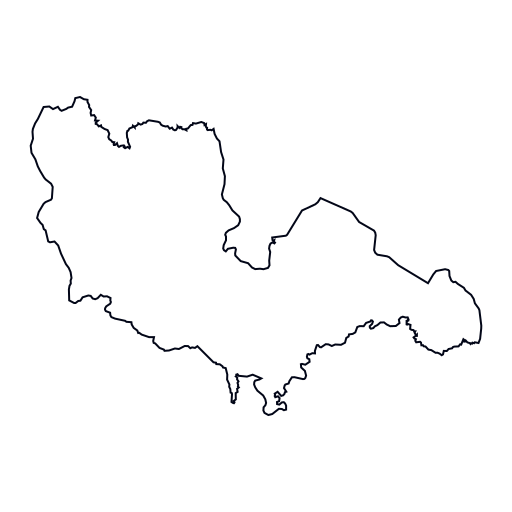 Nong Muang Khai, Phrae, Thailand (Robinson projection)
{"feature_id": "78962969B85613240213831", "entity_name": "Nong Muang Khai", "entity_type": "district", "adm_level": 2, "iso_a3": "THA", "parent_name": "Thailand", "parent_adm1": "Phrae", "projection": "robinson", "projection_center": [100.171, 18.294], "detail": "fine", "context": "isolated", "style": "outline", "palette": "ink", "viewbox_px": 512, "rotation_deg": 0, "n_neighbors": 0, "source": "geoboundaries", "source_scale": "gbopen_adm2", "svg_char_len": 6046}
<svg xmlns="http://www.w3.org/2000/svg" viewBox="0 0 512 512"><path d="M69.2,300.4L74.1,303.0L75.6,303.0L78.2,301.0L80.4,300.7L82.6,297.3L88.3,295.5L90.7,295.9L92.7,298.5L95.2,299.2L97.6,298.2L100.8,294.8L103.6,296.5L107.0,296.3L110.5,298.0L110.3,300.5L110.9,302.0L110.2,303.7L106.2,306.4L105.1,308.3L105.0,309.6L105.8,311.1L110.1,312.7L110.4,315.4L111.4,317.1L115.0,318.6L125.1,320.8L126.4,321.8L131.4,322.2L131.7,324.5L133.7,327.9L137.3,330.5L138.2,333.0L139.2,332.8L141.7,334.6L149.0,337.1L154.0,337.1L153.2,341.0L153.7,342.9L155.2,343.4L159.5,347.9L163.9,349.6L164.5,350.8L169.0,350.5L174.9,348.5L178.9,349.0L184.7,346.0L188.1,346.1L190.3,348.2L192.1,347.4L195.0,347.9L197.4,346.2L213.5,362.3L216.0,362.7L216.3,364.1L219.8,364.3L222.5,366.3L223.0,367.5L225.7,368.1L227.3,374.6L227.1,379.6L229.4,384.5L229.2,386.8L230.3,389.1L230.6,392.6L231.7,393.0L232.0,394.0L231.5,402.0L233.3,403.1L234.0,403.2L234.5,402.3L233.7,401.0L235.8,399.4L235.7,393.1L237.6,391.9L237.1,388.8L238.8,387.4L237.9,386.5L238.2,385.0L237.5,382.9L238.5,381.4L237.1,379.4L237.2,377.5L235.8,376.4L236.4,375.8L236.3,374.6L237.5,374.2L238.7,375.8L247.0,376.6L252.7,374.7L261.3,378.4L259.4,379.5L255.2,380.6L254.3,382.1L254.1,384.5L255.2,387.3L257.4,390.7L263.2,395.5L265.3,399.3L266.1,402.9L265.4,405.2L263.6,407.3L263.4,410.5L264.5,412.9L268.3,415.0L272.3,414.0L278.9,408.8L281.9,409.0L283.9,410.2L286.1,409.6L286.1,405.6L285.1,403.5L283.8,402.2L281.9,402.4L279.3,404.6L277.1,404.1L277.0,402.0L279.1,401.2L279.6,398.1L278.0,396.3L275.3,397.2L274.7,396.0L275.2,395.1L274.7,393.7L277.6,391.8L281.2,395.9L283.2,395.3L284.5,393.8L284.9,392.2L286.3,391.7L284.0,388.1L284.7,385.4L285.4,384.5L288.6,383.5L289.4,381.1L291.9,377.3L294.5,377.2L303.0,379.1L304.4,378.9L305.3,378.0L306.1,375.6L304.9,370.9L301.2,367.5L300.9,364.2L302.0,363.9L305.3,364.7L309.6,361.8L309.3,359.2L307.4,358.3L306.9,356.8L307.4,354.4L308.4,354.0L309.5,354.6L312.3,353.2L315.0,353.4L314.9,350.9L316.8,345.2L318.0,345.0L319.9,347.1L321.1,347.3L325.7,344.2L328.5,344.4L331.8,346.0L335.2,344.5L341.0,344.8L345.0,342.7L346.3,337.9L348.6,336.5L349.0,334.4L352.7,333.9L355.3,332.4L357.3,327.0L359.7,326.1L363.7,326.2L366.1,322.9L370.3,321.5L371.1,320.3L372.1,320.5L372.9,321.6L372.1,323.9L369.7,326.2L369.9,327.7L370.9,328.7L373.3,328.1L374.9,326.3L377.4,325.1L380.4,322.5L384.0,322.4L386.7,324.5L390.2,326.2L395.8,326.0L399.5,323.1L398.9,319.6L400.8,317.5L402.8,316.7L405.6,317.5L407.7,317.4L408.6,319.7L408.4,320.4L407.6,320.2L407.3,321.2L406.6,321.1L406.6,324.4L407.1,324.6L407.7,323.9L410.5,324.9L410.1,328.9L411.4,329.8L413.5,330.1L414.1,331.3L415.3,331.3L414.6,332.7L416.1,335.4L416.9,334.6L416.9,335.9L415.5,336.0L413.6,337.4L414.5,338.6L415.9,339.2L415.3,340.8L416.2,342.3L420.1,341.8L421.0,342.6L421.4,345.3L423.0,345.2L423.7,346.3L425.5,346.5L428.4,349.6L431.3,350.1L435.6,352.8L437.4,352.7L439.6,353.6L441.7,355.2L443.0,354.4L443.8,350.9L446.8,351.0L448.6,349.0L452.1,348.3L452.9,347.1L454.2,346.6L458.5,346.4L460.2,344.3L461.2,344.6L463.4,339.2L464.0,339.7L464.3,341.6L465.0,341.6L465.7,340.5L467.4,342.4L469.8,343.1L470.5,344.0L471.1,343.3L472.1,343.6L472.5,342.7L474.1,343.2L474.8,342.3L478.5,343.0L480.1,338.9L481.2,328.6L481.3,325.7L479.4,310.2L478.7,308.5L474.9,303.3L473.7,298.9L471.1,294.8L465.5,290.5L463.9,287.8L457.8,283.9L455.5,281.8L453.3,282.2L451.3,280.5L449.5,276.0L449.2,271.0L448.3,270.0L445.1,269.2L436.1,271.0L433.3,274.4L428.0,283.2L398.2,265.2L389.2,257.2L387.0,256.3L377.4,254.7L375.2,252.7L374.1,250.0L375.7,235.2L375.2,232.6L374.0,230.6L359.1,222.0L352.7,213.0L350.8,211.5L320.5,198.1L317.8,202.2L315.3,204.3L302.0,210.5L287.1,234.8L285.9,235.7L272.2,237.5L272.5,240.1L273.1,240.8L274.2,240.2L273.8,241.6L275.0,242.6L274.4,243.4L272.9,242.6L271.9,242.7L270.5,243.6L269.5,245.8L269.1,248.6L270.2,252.0L269.2,260.6L269.5,265.3L268.0,267.9L263.5,269.2L260.0,268.7L255.2,269.1L252.0,267.5L248.1,263.2L240.7,261.1L235.3,255.5L235.1,253.4L235.9,249.4L235.2,247.9L233.3,247.7L227.9,248.8L225.8,251.4L224.0,250.2L223.2,248.5L223.7,245.1L226.0,240.3L226.0,236.5L225.2,234.8L225.9,232.8L228.6,230.4L234.0,228.1L238.2,225.2L239.9,221.6L239.9,219.1L239.1,216.6L232.4,210.4L229.2,205.2L226.8,202.2L223.7,199.8L222.8,198.2L221.9,194.4L224.5,184.2L224.9,176.2L222.8,168.4L223.5,159.6L221.1,152.1L219.5,141.3L216.9,138.5L214.6,133.9L213.6,128.9L211.7,130.3L210.4,129.8L207.7,130.1L207.0,129.5L207.1,127.7L206.3,127.5L205.8,126.4L206.0,124.1L204.5,125.0L204.2,123.1L201.3,122.0L195.9,123.6L193.0,123.1L192.5,124.9L190.7,125.1L188.0,128.4L186.2,128.8L186.4,130.3L184.3,129.2L182.7,129.3L181.3,128.3L181.4,127.1L180.1,126.8L179.3,127.9L177.6,126.1L177.7,127.3L176.1,129.9L174.9,130.3L173.3,129.6L172.0,127.6L169.7,128.7L167.7,126.1L165.7,126.5L162.7,125.7L161.1,124.7L159.8,122.5L158.0,121.8L148.9,120.3L147.0,121.3L145.9,122.8L143.4,122.6L142.4,124.0L140.6,124.6L138.3,123.3L138.1,124.3L136.2,125.9L134.6,126.3L134.7,127.5L132.9,125.7L132.5,127.2L129.4,128.5L128.2,130.7L127.4,130.9L126.8,132.9L127.1,137.4L128.0,139.6L127.9,141.8L130.1,146.8L129.5,148.3L127.7,146.9L125.1,148.2L123.9,147.3L124.6,146.3L123.9,145.4L120.8,145.8L119.0,146.9L117.8,145.8L117.0,143.2L115.0,145.0L113.9,145.0L113.6,144.0L114.2,142.2L112.3,142.0L111.3,140.6L109.2,139.2L108.3,137.1L109.3,133.7L107.6,130.1L104.6,129.0L101.3,126.9L101.0,125.4L98.8,126.4L97.1,124.3L95.7,123.9L95.7,122.8L98.0,120.7L95.0,120.5L95.8,117.6L94.1,115.1L91.2,115.5L90.6,112.9L91.2,110.1L89.0,106.9L89.2,105.1L87.5,102.0L87.5,99.8L83.8,99.2L80.0,97.0L75.3,98.1L74.5,101.3L72.1,106.7L68.1,107.6L66.3,108.9L61.6,110.8L60.0,109.8L57.9,106.8L53.0,109.1L49.3,106.5L43.6,107.0L37.9,118.9L35.1,123.4L32.9,128.9L32.5,131.8L33.0,138.7L30.7,145.7L31.5,152.8L35.4,159.4L37.8,166.4L40.1,170.9L44.1,177.6L45.7,179.5L51.1,183.7L52.7,186.9L51.9,198.3L51.0,199.7L45.5,202.1L43.6,203.8L38.7,212.0L37.1,218.0L40.5,222.9L42.6,224.9L43.8,229.1L45.6,230.4L48.2,241.4L50.0,242.3L54.5,241.5L58.2,245.5L61.0,253.6L65.9,264.1L68.7,267.8L70.6,272.1L71.5,278.0L70.6,280.6L70.8,283.6L69.5,285.8L68.9,289.4L69.2,300.4Z" fill="none" stroke="#020617" stroke-width="2"/></svg>